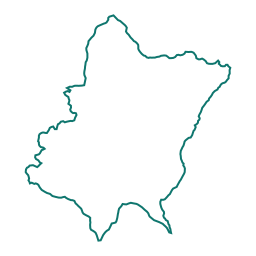 the district of Alvorada, Tocantins, Brazil, rotated 180°
{"feature_id": "56859067B88530431125425", "entity_name": "Alvorada", "entity_type": "district", "adm_level": 2, "iso_a3": "BRA", "parent_name": "Brazil", "parent_adm1": "Tocantins", "projection": "orthographic", "projection_center": [-49.109, -12.409], "detail": "fine", "context": "isolated", "style": "outline", "palette": "teal", "viewbox_px": 256, "rotation_deg": 180, "n_neighbors": 0, "source": "geoboundaries", "source_scale": "gbopen_adm2", "svg_char_len": 4350}
<svg xmlns="http://www.w3.org/2000/svg" viewBox="0 0 256 256"><g transform="rotate(180 128 128)"><path d="M221.7,72.1L220.3,72.6L218.7,72.0L217.6,71.1L216.2,68.5L214.3,66.1L211.2,64.2L209.0,63.0L206.0,62.1L204.7,61.0L203.6,60.0L200.7,59.2L197.3,58.4L194.8,58.3L192.9,58.9L191.2,59.2L189.7,58.0L187.9,57.0L185.1,55.9L183.4,55.8L181.6,55.1L180.4,52.6L179.0,51.4L177.8,50.1L176.6,49.0L174.8,47.3L174.0,45.4L173.4,43.5L172.4,42.2L169.8,40.7L167.3,39.5L165.8,38.2L165.9,35.1L165.6,33.8L165.9,31.1L165.7,27.8L165.0,26.3L162.7,25.0L161.4,24.1L160.4,23.2L159.3,20.8L157.6,15.4L155.3,15.7L152.9,20.8L152.0,22.1L150.7,23.8L149.2,25.2L147.1,26.5L145.7,29.4L145.1,30.7L144.3,32.5L142.1,33.0L140.4,33.5L139.6,34.8L138.7,38.2L138.1,42.0L137.7,43.7L137.5,45.2L136.9,47.4L134.7,49.8L133.4,52.0L131.1,51.7L129.6,51.6L127.1,52.6L125.2,53.2L122.8,52.7L119.5,52.1L118.0,51.4L115.3,49.6L114.1,48.8L111.3,46.2L109.0,44.3L107.7,42.7L107.1,41.0L106.4,39.5L103.5,37.1L101.9,35.8L100.5,35.3L96.6,33.8L94.8,32.9L93.3,32.2L92.2,31.1L90.3,29.4L89.2,28.2L88.2,26.5L86.8,23.6L84.9,23.0L85.3,24.8L85.6,26.9L86.4,28.8L86.6,30.7L87.5,31.9L88.3,34.9L90.2,36.0L90.9,37.4L92.0,38.3L92.7,40.2L91.9,42.6L92.1,44.2L93.8,46.4L94.7,48.4L95.2,50.2L95.7,52.1L95.7,54.2L94.8,56.3L92.8,56.2L91.2,56.7L90.2,57.7L88.9,59.1L87.5,60.8L86.2,61.8L84.1,65.8L82.9,67.4L79.3,69.1L78.5,70.8L76.3,74.8L75.2,76.3L73.5,79.5L71.9,82.4L71.3,83.9L71.1,87.5L71.8,89.3L72.7,90.5L72.4,92.4L73.5,93.4L74.0,94.8L75.0,97.1L75.3,100.3L75.6,101.9L75.2,105.2L74.4,106.8L73.6,108.6L72.5,110.4L71.8,112.7L71.4,114.5L70.4,115.7L67.4,118.1L65.3,118.5L63.8,120.9L63.1,123.2L62.4,125.2L61.4,126.2L60.3,128.9L61.2,130.7L59.4,131.8L58.1,133.2L57.9,135.2L56.6,136.4L56.3,137.8L57.3,139.7L56.6,141.4L55.2,143.9L54.5,145.8L53.7,148.3L52.7,149.5L51.2,151.5L49.4,154.2L47.3,155.8L46.9,157.5L45.3,159.3L44.0,161.2L43.2,162.9L41.3,164.9L38.5,166.5L37.7,168.3L36.3,169.2L35.7,170.6L34.4,172.2L32.8,173.0L31.4,173.3L30.1,174.3L29.0,175.9L27.4,177.6L27.4,180.2L26.3,182.4L26.4,185.9L25.7,188.2L27.7,189.8L28.5,191.2L30.0,191.2L31.2,189.8L33.4,189.7L35.1,190.1L36.0,191.3L37.2,192.2L36.7,193.9L37.9,195.4L40.8,192.8L43.6,192.1L47.0,192.2L49.0,192.8L50.3,194.9L52.4,196.6L53.9,197.4L56.0,196.7L57.5,196.7L59.6,197.8L60.2,200.4L61.4,202.0L62.4,203.3L64.3,204.1L65.9,204.1L67.4,204.0L70.5,204.2L71.5,202.4L73.4,201.2L75.7,200.7L77.6,201.2L79.2,200.9L80.8,199.0L82.7,198.1L84.7,197.9L86.7,197.9L88.6,199.5L89.9,200.4L91.9,200.6L95.0,200.2L96.6,199.4L99.2,199.0L101.1,198.4L102.6,198.4L104.6,198.3L106.1,198.5L107.3,198.1L109.2,198.6L110.7,200.1L112.3,200.5L114.3,202.2L116.0,204.2L117.1,205.8L117.7,207.2L117.7,209.9L117.9,211.3L119.0,212.7L120.6,214.2L122.1,214.9L123.5,216.6L125.4,218.5L127.3,221.3L129.0,222.9L130.0,224.5L129.6,226.5L129.2,228.3L130.2,229.9L131.1,230.9L133.3,232.8L135.8,235.0L138.0,235.9L142.5,240.6L146.7,239.3L147.8,238.0L147.7,236.3L149.5,233.5L150.8,232.8L152.2,232.4L155.9,230.8L158.3,229.7L159.6,228.4L160.6,226.5L161.1,223.1L162.5,220.3L164.6,218.3L166.0,216.6L167.5,214.8L167.8,212.2L168.6,210.2L169.7,207.9L169.6,205.9L168.6,202.5L168.6,198.3L169.3,195.4L170.3,193.8L170.6,191.2L170.9,189.6L171.1,187.2L171.6,184.8L171.8,182.7L171.6,180.9L170.3,177.9L170.7,176.0L171.8,170.8L174.1,170.4L177.3,170.2L179.7,170.3L181.5,170.2L183.9,169.2L186.2,169.3L189.0,168.0L187.2,166.8L185.6,165.7L186.5,164.1L188.3,164.9L190.0,164.4L191.9,163.3L190.8,161.2L189.2,160.0L187.7,159.1L187.2,157.1L186.6,155.8L186.9,154.2L187.6,152.2L185.1,150.3L185.0,148.4L185.8,146.5L185.3,144.9L184.1,143.7L182.9,142.9L181.4,143.1L180.0,142.7L179.5,141.0L180.9,138.3L181.7,135.7L183.8,134.9L185.3,135.1L186.9,134.8L189.2,134.3L191.2,133.7L192.8,134.8L195.1,134.3L196.6,132.5L198.0,131.8L198.6,130.1L199.4,126.9L201.2,126.9L202.8,129.5L204.6,129.0L206.2,128.1L207.1,126.0L209.1,123.0L210.8,123.1L212.3,123.5L213.7,123.4L215.4,122.6L216.5,121.7L217.1,120.3L217.1,118.4L217.9,114.7L217.1,113.7L217.1,112.1L216.7,110.5L215.3,109.0L212.5,108.3L211.4,107.2L212.9,106.4L214.3,105.9L215.4,104.0L216.1,102.7L217.2,101.6L220.6,100.7L220.9,98.7L220.0,97.0L217.7,95.7L216.1,93.5L214.7,92.8L216.2,91.4L217.4,90.1L218.8,88.9L220.1,89.5L223.0,90.8L226.4,90.4L227.5,89.0L229.0,88.3L230.0,86.6L230.3,83.9L229.5,82.7L227.8,80.8L227.3,79.2L226.9,77.5L227.5,75.6L226.6,74.3L226.1,72.6L224.3,73.3L221.7,72.1Z" fill="none" stroke="#0f766e" stroke-width="2"/></g></svg>